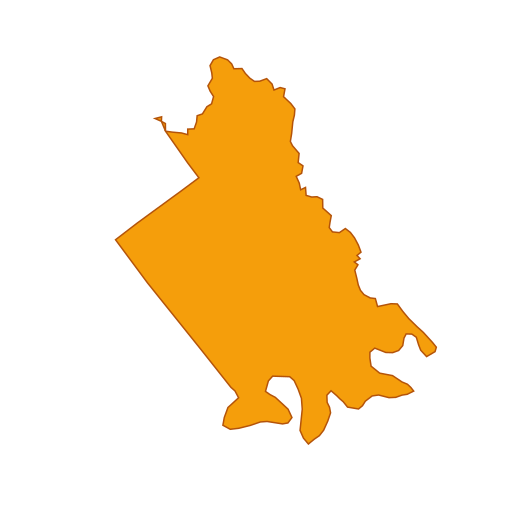 the district of Ariranha do Ivaí, Paraná, Brazil, rotated 62°
{"feature_id": "56859067B92755437494593", "entity_name": "Ariranha do Ivaí", "entity_type": "district", "adm_level": 2, "iso_a3": "BRA", "parent_name": "Brazil", "parent_adm1": "Paraná", "projection": "orthographic", "projection_center": [-51.529, -24.379], "detail": "fine", "context": "isolated", "style": "filled", "palette": "amber", "viewbox_px": 512, "rotation_deg": 62, "n_neighbors": 0, "source": "geoboundaries", "source_scale": "gbopen_adm2", "svg_char_len": 2216}
<svg xmlns="http://www.w3.org/2000/svg" viewBox="0 0 512 512"><g transform="rotate(62 256 256)"><path d="M103.3,277.3L141.8,272.6L160.1,269.7L163.3,290.6L171.1,345.1L175.7,372.4L228.9,364.4L314.2,348.2L360.2,339.8L365.3,337.9L373.0,337.9L376.6,351.9L383.7,359.8L389.9,364.7L396.9,360.1L400.0,352.2L402.9,340.6L404.6,330.0L407.3,323.9L416.7,311.4L418.4,306.2L415.5,300.1L406.3,299.6L389.9,305.3L384.9,308.7L380.0,311.2L372.1,303.7L369.9,297.7L378.4,282.9L383.9,280.8L393.3,281.3L403.0,282.7L413.0,287.1L430.7,299.0L439.1,299.6L446.6,298.0L445.1,290.6L444.4,284.4L441.6,278.1L435.5,270.2L429.5,263.8L424.1,262.1L418.6,261.9L412.2,258.8L410.2,253.0L417.2,250.3L421.5,249.0L425.6,247.4L432.4,246.1L439.2,237.3L438.2,232.3L435.5,227.6L434.1,219.1L436.3,213.0L443.5,205.1L446.4,199.0L447.4,192.3L449.1,187.4L449.3,180.2L444.7,181.0L440.3,182.5L435.8,186.2L425.7,191.6L417.5,201.8L407.3,206.1L399.6,203.4L394.4,200.6L393.1,194.4L396.9,191.1L402.1,186.7L405.5,180.7L406.4,174.4L404.0,168.5L398.0,163.9L395.3,160.0L398.1,155.1L403.0,152.6L410.6,154.1L416.5,154.8L424.9,152.6L424.5,142.8L421.2,139.6L415.4,140.7L402.1,144.1L393.8,147.1L383.0,150.5L373.8,152.4L364.7,153.7L361.5,159.2L357.7,172.4L349.6,170.6L346.6,174.9L340.8,178.8L335.4,179.9L329.6,179.3L323.2,177.5L314.8,175.4L311.6,170.1L307.4,172.0L307.3,165.4L302.9,166.6L301.9,161.5L294.3,160.5L286.2,160.5L279.5,161.6L273.7,164.2L274.5,171.4L270.6,177.2L265.3,178.0L261.2,175.0L255.7,170.6L245.0,174.5L237.3,170.6L232.3,174.3L230.1,179.1L226.0,183.3L218.7,180.1L218.5,185.5L212.0,183.6L204.5,183.1L204.4,176.9L198.5,172.2L193.3,174.9L185.7,169.8L175.8,172.0L171.0,171.9L164.7,167.1L154.8,160.5L149.7,156.0L144.4,152.6L137.7,153.7L128.3,156.9L122.0,151.9L118.6,155.6L117.9,162.2L111.7,161.1L104.4,163.3L103.4,170.7L101.1,175.4L96.0,178.0L89.9,179.7L83.9,180.4L80.3,187.6L75.0,187.3L69.5,189.0L63.2,194.6L62.7,201.4L66.3,207.2L73.6,209.1L78.6,211.1L83.2,218.6L89.0,219.1L95.3,218.6L100.8,223.8L101.1,229.2L105.4,236.6L104.5,242.1L109.8,245.6L114.7,250.9L111.9,256.7L116.8,259.3L112.4,264.0L107.3,271.8L103.3,277.3ZM103.3,277.3L96.5,273.8L92.7,276.3L103.3,277.3ZM92.7,276.3L88.8,274.0L87.2,280.6L92.7,276.3Z" fill="#f59e0b" stroke="#b45309" stroke-width="1.5"/></g></svg>